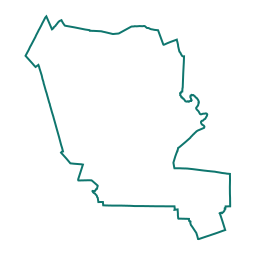 Dobrotesti, Teleorman, Romania, rotated 93°
{"feature_id": "2599482B98180276767532", "entity_name": "Dobrotesti", "entity_type": "district", "adm_level": 2, "iso_a3": "ROU", "parent_name": "Romania", "parent_adm1": "Teleorman", "projection": "albers", "projection_center": [24.898, 44.284], "detail": "fine", "context": "isolated", "style": "outline", "palette": "teal", "viewbox_px": 256, "rotation_deg": 93, "n_neighbors": 0, "source": "geoboundaries", "source_scale": "gbopen_adm2", "svg_char_len": 5429}
<svg xmlns="http://www.w3.org/2000/svg" viewBox="0 0 256 256"><g transform="rotate(93 128 128)"><path d="M156.1,193.6L156.3,193.4L158.1,191.6L161.8,187.9L166.3,183.7L166.5,180.1L166.7,172.6L166.9,171.1L181.6,175.0L181.8,175.1L182.9,174.9L183.0,174.6L182.2,164.0L182.2,161.7L182.4,161.3L186.7,155.8L186.9,155.5L187.3,155.2L187.5,155.2L188.5,155.5L189.8,155.7L190.3,155.8L190.7,156.1L190.9,156.4L190.9,156.5L190.9,156.8L191.8,157.2L192.6,157.7L192.6,157.8L192.6,158.1L193.1,158.8L192.8,159.2L192.8,159.5L192.7,159.7L192.7,159.9L192.7,160.1L192.9,160.2L194.0,159.5L194.2,159.3L194.8,158.5L195.0,157.9L195.2,157.5L196.0,156.9L196.7,156.1L197.3,155.6L198.6,155.2L199.2,154.6L203.5,153.7L203.2,149.2L206.5,148.7L206.5,145.7L206.3,139.5L205.9,132.3L205.6,121.7L205.6,117.0L205.2,109.2L204.6,93.8L204.1,83.8L203.8,77.5L204.9,77.3L205.7,77.1L207.3,77.3L206.9,75.3L206.7,74.2L210.7,73.7L212.7,73.6L215.7,73.1L215.9,72.9L215.9,72.7L215.8,70.9L215.6,63.9L215.6,62.4L216.4,62.4L217.8,61.9L217.9,61.3L217.9,60.9L218.1,60.7L218.3,60.7L218.4,60.9L218.7,61.0L219.1,60.8L220.0,60.7L221.7,60.0L222.0,59.8L222.5,59.3L224.2,58.0L227.2,55.8L228.9,54.5L229.2,54.3L232.7,53.0L233.4,52.8L235.2,52.2L235.2,51.9L235.2,51.5L232.1,43.7L231.8,42.9L227.9,33.1L225.6,27.7L224.8,25.6L215.9,28.9L210.0,31.2L208.5,31.8L208.3,32.0L208.2,31.9L208.1,31.7L207.8,30.8L207.9,30.5L208.0,30.3L207.8,30.1L207.9,29.7L207.6,29.7L207.6,29.3L207.3,28.8L207.2,28.6L206.9,28.3L206.3,28.1L206.1,27.8L205.5,27.4L205.2,27.3L204.8,27.2L204.5,27.1L203.8,27.2L203.0,27.2L202.8,27.0L202.4,26.6L202.5,26.5L201.5,26.4L201.2,26.4L201.1,25.3L200.9,21.9L200.4,21.9L192.5,22.4L188.1,22.8L187.9,22.8L181.4,23.2L181.1,23.2L174.8,23.4L168.5,23.8L168.4,26.9L168.2,28.5L168.0,31.6L167.6,34.7L167.3,37.5L167.1,38.8L166.9,43.4L166.8,44.7L166.8,45.7L166.7,46.9L166.5,50.3L165.7,60.9L165.4,66.4L165.4,68.2L165.5,71.4L165.5,74.7L165.7,77.5L165.8,79.5L165.2,79.7L160.5,80.8L160.1,80.8L158.8,80.5L153.9,79.3L149.0,77.8L149.1,77.7L148.6,77.5L148.4,77.4L148.3,77.5L146.8,77.1L146.0,77.0L145.3,76.9L145.0,76.5L144.8,76.1L143.9,75.1L140.6,71.6L139.3,70.2L135.0,65.8L134.4,65.2L133.8,64.9L131.8,63.1L131.2,62.7L130.4,61.8L129.6,61.2L128.7,60.2L128.0,59.7L127.6,59.2L126.9,58.2L124.7,53.7L123.8,52.0L123.4,51.9L122.8,51.8L122.5,51.8L122.0,52.2L121.6,52.5L121.3,53.0L121.0,53.8L120.5,54.4L119.7,55.0L118.7,55.4L117.9,55.4L117.6,55.2L117.1,54.8L116.9,54.5L116.9,54.0L116.8,53.8L116.5,53.3L116.4,53.2L116.1,53.1L115.3,52.3L115.1,52.0L115.0,51.7L114.9,51.5L114.5,51.2L113.3,50.7L112.6,50.3L112.1,50.0L111.1,49.7L110.5,49.6L110.2,49.6L109.6,50.1L109.5,50.4L109.4,50.7L109.3,51.0L109.5,51.4L109.5,51.8L109.7,52.3L109.7,53.2L109.8,53.4L109.8,53.8L110.3,55.1L110.5,55.7L110.5,56.0L110.5,56.3L110.2,56.8L109.9,57.1L109.1,57.5L108.8,57.7L107.7,58.4L106.8,59.3L106.6,59.6L105.7,60.5L104.9,60.9L104.7,61.0L104.4,61.0L103.7,60.6L103.5,60.4L102.2,59.6L102.1,59.4L101.3,59.1L100.9,59.1L100.6,59.1L99.9,58.8L99.7,58.8L99.2,58.6L98.7,58.6L98.5,58.9L98.0,58.7L96.4,59.4L96.0,59.8L95.7,60.0L95.3,60.2L95.0,60.6L94.6,60.8L94.0,61.7L94.0,61.9L93.1,62.7L92.8,62.9L92.7,63.1L92.5,63.5L91.7,64.4L91.8,64.8L91.7,65.3L91.7,65.7L91.7,65.8L92.0,65.8L92.1,66.0L91.7,66.3L92.1,66.9L92.3,67.2L92.7,67.3L93.1,67.4L94.2,67.3L95.3,66.6L96.1,66.5L96.4,66.4L96.7,66.0L97.0,65.9L97.4,66.2L97.7,66.3L97.7,66.5L97.7,67.1L97.8,67.3L98.0,68.1L98.5,68.4L98.6,68.9L98.6,69.0L98.2,69.3L98.2,69.5L98.2,69.8L98.5,70.3L98.6,70.6L98.4,71.5L98.4,71.8L98.3,72.1L98.0,72.3L96.6,73.4L95.9,74.1L95.8,74.5L95.5,74.6L95.5,75.0L95.4,75.2L94.8,75.6L94.5,75.7L94.4,75.8L94.5,76.1L94.5,76.3L94.0,76.5L93.7,76.5L93.2,77.0L92.8,77.2L92.6,77.4L92.5,77.6L91.9,77.6L91.3,77.5L90.8,77.8L90.5,77.8L90.4,77.6L90.1,77.4L89.9,77.0L89.9,76.8L89.8,76.7L89.1,76.7L88.9,76.6L88.8,76.2L88.7,75.7L87.6,75.7L85.9,75.7L85.4,75.7L85.1,75.5L83.4,75.5L77.0,75.6L76.4,75.6L70.3,75.7L69.5,75.7L59.0,75.7L53.5,75.8L53.6,76.6L53.5,77.1L53.4,77.4L53.0,77.9L51.0,79.2L50.0,79.7L49.4,80.3L49.1,80.6L48.6,80.8L43.8,82.2L42.3,82.4L39.5,83.2L38.1,83.7L37.2,83.9L39.8,90.0L41.4,93.4L42.7,95.9L42.9,96.4L43.0,96.8L42.8,97.1L28.8,103.1L28.6,106.8L28.3,108.6L28.2,109.7L28.0,110.7L27.2,112.5L27.1,112.9L27.1,114.2L27.0,114.5L25.8,116.0L25.5,116.4L25.3,117.1L25.3,117.5L25.6,118.7L25.6,121.8L25.8,123.1L26.0,124.6L26.0,125.9L26.0,126.7L26.2,127.1L26.5,129.8L26.7,130.2L34.1,142.2L34.2,142.8L34.7,146.3L34.9,147.5L34.9,147.9L34.9,148.3L34.6,149.9L33.5,155.9L33.0,159.0L32.9,159.1L32.8,160.0L32.8,162.2L32.8,164.1L32.8,167.0L32.9,171.3L32.3,171.5L31.9,175.8L30.3,186.8L29.2,195.7L29.0,196.5L27.9,197.4L26.3,198.6L24.7,199.6L23.8,200.1L24.1,200.7L24.7,201.9L25.0,202.2L25.4,202.7L26.5,203.6L27.5,204.2L28.8,205.2L29.8,205.8L30.2,206.2L31.5,207.6L31.9,207.6L32.2,207.7L32.7,208.3L33.1,208.6L33.4,208.9L33.5,209.1L30.6,210.5L20.8,215.4L21.4,215.9L22.3,216.5L26.1,218.2L28.2,219.2L29.5,219.7L33.4,221.5L33.9,221.7L34.7,222.2L36.0,222.7L40.4,224.7L41.8,225.2L50.7,229.3L51.8,229.9L55.3,231.3L59.1,233.1L61.3,234.1L62.1,233.3L64.7,230.7L68.7,226.7L70.4,225.1L71.9,223.5L69.7,220.8L71.7,219.9L72.6,219.7L77.1,218.0L80.1,216.9L83.4,216.0L85.5,215.2L86.3,214.9L88.0,214.5L89.6,213.9L95.5,211.9L97.5,211.1L100.9,210.0L101.1,209.9L106.8,208.0L108.1,207.4L109.7,207.0L113.1,205.8L115.8,204.9L120.7,203.1L121.4,202.9L127.9,200.7L133.0,199.0L135.6,198.1L136.8,197.7L140.3,196.5L148.7,193.8L151.3,192.8L154.8,191.7L154.9,192.1L155.1,192.6L155.2,192.9L156.1,193.6Z" fill="none" stroke="#0f766e" stroke-width="2"/></g></svg>